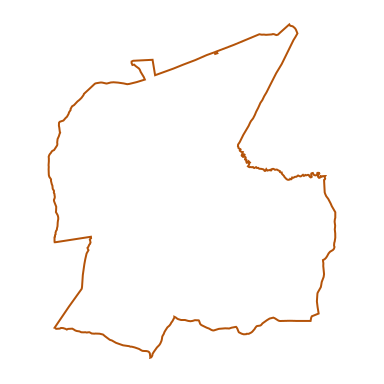 Madarjac, Iasi, Romania (orthographic projection), rotated 178°
{"feature_id": "2599482B56251778080144", "entity_name": "Madarjac", "entity_type": "district", "adm_level": 2, "iso_a3": "ROU", "parent_name": "Romania", "parent_adm1": "Iasi", "projection": "orthographic", "projection_center": [27.286, 47.051], "detail": "fine", "context": "isolated", "style": "outline", "palette": "amber", "viewbox_px": 384, "rotation_deg": 178, "n_neighbors": 0, "source": "geoboundaries", "source_scale": "gbopen_adm2", "svg_char_len": 5881}
<svg xmlns="http://www.w3.org/2000/svg" viewBox="0 0 384 384"><g transform="rotate(178 192 192)"><path d="M334.0,61.2L333.6,61.1L332.9,60.2L332.3,60.0L328.9,60.1L327.7,60.7L325.6,60.5L323.1,59.6L321.9,58.9L320.7,59.5L316.4,59.6L314.6,58.5L313.5,57.7L312.0,57.1L309.3,56.6L307.6,55.7L305.0,55.5L303.7,55.6L302.0,55.2L300.8,55.4L299.3,55.4L297.2,54.1L294.5,53.8L293.4,53.9L289.3,53.6L286.0,52.7L285.6,52.4L284.2,51.1L280.0,47.7L279.0,47.0L277.4,46.5L273.2,43.9L266.3,41.2L260.1,40.1L259.1,39.6L257.6,39.5L254.8,38.7L250.4,37.0L247.8,35.3L246.7,34.9L243.0,34.6L241.5,34.2L240.5,33.5L239.8,32.3L239.4,28.4L239.5,27.9L238.7,28.1L238.2,28.6L237.4,29.9L237.1,31.5L235.7,33.6L232.5,37.8L230.0,40.2L229.0,41.6L227.7,44.3L227.2,46.1L226.8,48.4L226.2,49.6L225.4,50.7L224.3,53.2L223.2,54.9L221.3,57.6L219.3,59.2L218.2,60.5L217.1,62.4L216.4,63.1L215.4,64.7L214.0,67.2L214.0,67.9L212.7,67.2L211.0,65.8L210.2,65.4L207.5,64.5L203.4,64.3L200.3,63.3L198.0,62.9L195.7,63.2L193.6,63.8L189.8,63.5L189.4,62.9L188.5,60.1L188.2,59.6L187.3,58.7L182.1,55.9L179.7,54.9L177.3,53.4L175.8,52.9L175.0,52.9L169.9,54.3L163.6,54.6L159.5,54.3L157.2,55.0L152.7,55.7L152.2,55.2L151.4,53.7L150.8,51.9L150.1,50.2L147.4,48.7L145.4,48.0L142.9,48.0L142.4,48.4L140.2,48.3L137.7,49.5L136.6,50.3L134.1,53.0L133.6,53.9L132.2,55.5L131.5,55.8L128.8,56.1L128.1,56.3L127.3,56.9L126.2,58.2L121.7,61.2L118.9,62.8L115.1,63.6L113.8,63.0L110.0,60.4L108.6,60.0L98.6,59.9L92.0,59.5L78.0,59.0L77.3,62.1L76.6,63.6L69.7,66.1L69.7,66.3L70.5,72.6L70.9,77.1L71.0,78.3L70.4,84.2L70.2,86.1L69.9,87.0L66.6,92.4L66.1,94.5L65.5,97.5L63.4,102.5L62.9,105.3L63.3,111.8L63.4,113.3L63.2,116.4L63.4,117.7L63.5,119.4L61.8,120.2L60.4,121.5L59.3,123.0L57.6,125.9L56.1,127.5L53.2,129.1L52.1,130.3L51.5,132.1L51.8,132.9L51.9,133.7L51.6,136.2L51.1,137.6L50.4,141.4L50.3,145.6L50.6,149.8L50.3,151.5L50.1,153.4L50.3,155.3L50.5,157.3L50.2,159.6L49.7,161.3L49.5,166.8L52.8,173.0L53.8,175.6L56.1,180.4L58.0,183.1L58.9,185.3L59.4,187.0L59.6,199.4L58.9,199.9L58.5,200.6L58.5,201.0L58.9,202.0L58.7,202.7L58.3,203.3L60.8,203.3L61.9,202.6L62.5,202.7L62.8,203.5L63.0,203.5L63.7,201.9L64.5,201.7L65.3,202.5L65.5,203.0L65.5,205.4L64.3,205.6L64.1,206.0L64.3,206.6L65.2,206.8L66.0,206.7L66.5,204.9L67.3,204.4L68.0,204.3L69.2,204.6L69.9,205.2L70.6,206.8L71.3,206.7L72.1,206.3L72.3,205.1L71.8,203.0L72.3,202.6L73.0,202.5L74.1,203.6L74.6,204.8L75.4,205.1L77.3,204.7L78.2,205.1L78.8,204.5L79.6,204.2L80.5,205.3L82.2,204.1L82.8,203.8L83.9,204.0L85.4,204.8L87.1,203.6L88.4,203.6L90.2,202.7L91.4,203.0L91.8,201.9L92.1,201.5L92.4,201.3L93.4,201.7L93.6,201.2L94.9,200.8L95.6,200.9L96.2,201.0L97.3,201.8L99.2,204.0L99.5,204.8L101.4,206.9L101.7,208.4L102.5,208.4L103.1,208.7L103.4,208.9L103.5,209.9L104.9,210.5L106.0,211.3L106.9,211.5L108.3,211.3L109.6,212.2L110.2,212.3L111.0,212.2L112.0,211.8L111.9,211.0L112.1,210.8L112.5,210.8L113.5,211.3L114.4,211.0L115.3,211.1L116.0,210.8L116.3,211.1L117.0,212.2L117.7,211.0L118.0,210.6L118.4,210.5L118.8,210.7L119.5,211.9L120.1,212.2L121.9,212.7L124.0,212.9L125.0,213.8L126.2,213.7L127.1,214.6L128.9,213.8L129.8,214.2L130.2,214.8L131.8,214.7L132.6,214.9L133.6,214.8L134.2,215.0L135.2,215.7L134.0,217.3L133.9,218.3L134.0,218.7L133.1,219.4L134.4,220.8L135.8,219.3L136.3,219.3L136.5,219.7L136.5,220.4L136.7,220.7L136.4,222.0L137.1,222.6L137.5,222.4L137.9,222.7L137.9,223.0L137.2,223.8L137.1,224.4L137.4,225.0L138.2,225.5L139.4,225.3L139.8,225.3L140.1,225.7L140.0,226.2L139.4,226.8L138.3,227.0L138.1,227.4L138.4,227.7L139.6,228.0L140.5,226.5L141.0,226.5L141.1,226.8L139.8,230.1L141.3,230.4L142.6,231.4L142.8,231.7L142.8,232.1L142.4,232.6L142.0,232.8L142.1,233.1L143.1,233.6L144.0,234.3L144.1,235.4L144.5,235.9L144.3,237.8L142.5,240.3L138.8,247.2L133.1,256.1L131.5,259.3L130.6,260.8L128.4,263.4L126.5,266.8L125.1,269.9L122.9,273.8L120.5,278.7L118.5,281.4L116.5,285.2L114.1,288.9L110.4,295.7L103.7,307.8L97.9,316.7L85.2,340.4L83.3,343.2L81.1,346.8L82.4,350.4L83.1,351.7L83.9,352.6L85.6,354.1L87.9,354.7L88.3,355.0L88.9,356.1L98.4,348.2L100.7,346.2L102.3,345.9L104.4,346.8L105.5,347.0L106.3,346.9L106.6,346.7L112.6,346.5L114.5,346.8L116.9,346.8L119.2,347.3L145.0,337.6L162.6,331.6L161.8,329.8L164.0,329.2L164.5,330.9L172.6,328.3L184.2,323.7L196.3,319.6L206.2,316.0L224.8,310.0L226.8,325.5L246.2,325.2L247.8,324.5L247.9,323.0L247.1,321.0L245.4,321.3L243.9,319.8L240.6,317.2L239.8,315.8L239.1,313.8L236.2,308.6L235.2,306.0L243.3,303.8L250.9,302.2L253.0,302.0L256.5,302.9L262.1,303.9L266.5,304.4L269.3,304.3L272.8,303.5L273.8,303.4L278.0,304.5L279.7,304.6L284.2,304.0L285.3,303.6L296.6,293.8L296.7,293.3L297.3,292.3L299.2,289.9L301.4,287.9L303.3,286.5L306.8,283.0L308.9,281.8L310.5,279.1L310.4,278.4L310.5,278.1L312.2,275.8L312.5,274.6L314.3,271.6L315.7,270.4L318.0,267.9L321.4,266.9L321.8,266.7L322.5,265.8L322.7,262.8L322.4,261.1L322.0,256.6L321.7,256.2L321.8,255.6L322.1,255.3L323.1,252.4L324.5,249.6L325.0,246.2L324.9,244.8L325.0,243.8L325.3,243.1L328.3,238.8L330.2,237.9L330.9,237.2L331.6,236.1L332.7,234.9L333.4,233.8L334.0,232.2L333.9,230.6L334.0,227.6L334.4,223.8L334.3,222.1L334.5,219.7L334.5,214.0L334.1,212.2L332.5,209.7L332.4,209.0L332.6,208.3L331.8,204.5L331.3,203.3L331.1,200.2L330.8,199.4L330.0,198.3L329.9,197.6L330.1,196.3L330.0,195.8L329.6,195.1L329.5,194.4L329.5,193.6L329.3,192.5L329.3,191.5L329.7,190.0L330.1,189.5L330.3,188.6L330.1,187.4L328.2,182.0L328.5,178.0L328.7,176.7L327.0,173.4L326.6,171.5L326.6,170.4L326.6,169.5L326.9,168.5L327.3,166.1L327.6,162.5L328.2,160.4L328.3,159.6L328.5,158.8L329.3,157.7L329.5,156.9L329.8,156.1L329.8,154.5L330.4,153.7L330.5,152.1L330.8,151.3L331.0,151.3L331.1,147.3L331.0,146.6L329.9,146.6L294.6,150.8L294.5,149.3L295.7,148.3L295.8,148.0L295.4,146.6L295.2,144.9L295.5,144.6L295.8,143.6L296.5,143.0L297.6,140.7L298.4,139.8L298.1,138.8L297.5,137.5L299.5,134.2L301.0,128.6L302.1,123.6L304.0,112.9L305.2,101.1L305.6,99.1L318.8,82.0L334.0,61.2Z" fill="none" stroke="#b45309" stroke-width="2"/></g></svg>